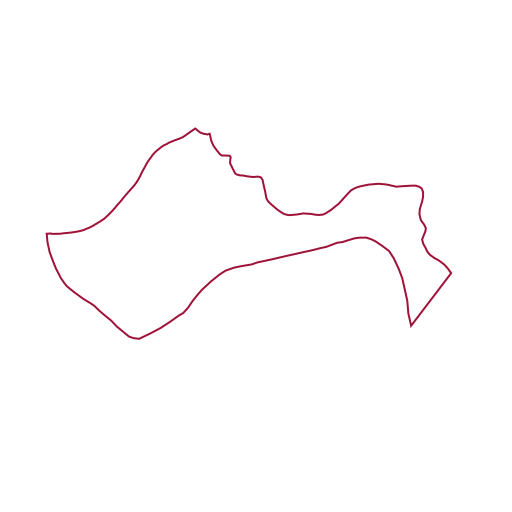 Athens, Saint Lucia (Robinson projection), rotated 327°
{"feature_id": "8701671B88292249499058", "entity_name": "Athens", "entity_type": "district", "adm_level": 2, "iso_a3": "LCA", "parent_name": "Saint Lucia", "parent_adm1": "", "projection": "robinson", "projection_center": [-60.892, 13.905], "detail": "fine", "context": "isolated", "style": "outline", "palette": "rose", "viewbox_px": 512, "rotation_deg": 327, "n_neighbors": 0, "source": "geoboundaries", "source_scale": "gbopen_adm2", "svg_char_len": 4763}
<svg xmlns="http://www.w3.org/2000/svg" viewBox="0 0 512 512"><g transform="rotate(327 256 256)"><path d="M92.6,123.3L88.5,131.2L85.0,140.5L82.8,150.4L81.4,157.6L80.3,168.3L80.5,174.0L80.9,178.4L84.1,188.2L87.7,197.6L91.4,205.3L93.2,209.5L95.0,217.3L97.1,224.3L99.3,231.0L100.9,239.5L104.1,249.7L105.7,254.6L108.6,258.2L110.7,260.0L112.9,261.8L125.4,263.4L136.5,264.4L148.1,264.4L158.8,263.9L161.5,264.1L163.8,264.2L170.8,262.4L178.3,259.2L187.8,256.1L189.2,255.8L192.6,254.8L199.4,253.7L204.4,252.8L215.3,251.7L222.3,251.7L231.2,253.8L237.4,256.2L239.1,256.9L240.2,257.4L248.0,260.8L252.4,261.8L253.4,262.1L254.1,262.3L267.1,267.3L283.4,273.2L288.7,275.2L298.2,278.7L306.3,281.8L309.9,283.0L314.7,284.6L318.8,286.2L320.2,286.7L331.3,289.1L336.1,291.4L340.9,292.7L348.1,294.8L352.4,296.8L356.9,299.6L358.3,300.5L360.1,302.7L361.5,304.3L362.9,306.6L364.2,308.8L366.0,313.0L367.4,316.3L370.3,324.3L370.3,332.9L368.7,344.5L366.5,354.6L365.0,358.5L361.3,368.4L358.5,375.9L352.4,387.3L348.5,398.0L348.1,399.0L410.3,376.7L410.4,375.7L410.2,374.8L410.1,371.2L410.0,370.3L409.9,369.7L409.2,365.6L407.6,361.2L406.6,358.6L404.6,355.1L402.4,349.4L402.1,345.0L402.7,341.0L402.7,339.7L403.0,336.4L404.4,332.5L409.7,328.8L411.6,327.5L413.6,325.2L414.1,321.3L413.8,315.8L415.9,309.8L419.1,305.7L425.0,300.8L428.3,297.4L431.0,293.3L431.7,289.5L430.7,287.0L428.3,284.0L424.2,281.4L415.9,276.7L411.3,274.2L409.4,272.2L405.3,268.0L403.5,266.4L399.7,263.4L398.0,262.1L389.4,257.5L381.5,254.4L376.8,253.1L374.8,252.9L371.5,252.7L367.1,253.7L361.8,255.1L357.1,256.4L353.6,257.3L350.2,257.5L346.2,258.0L344.6,258.2L337.8,258.2L336.4,258.0L334.5,257.6L331.3,256.0L328.5,253.9L326.9,252.4L324.6,250.3L321.3,247.9L319.1,246.2L317.8,245.6L313.2,243.6L309.0,241.4L306.5,240.1L304.8,238.7L303.0,236.7L301.6,234.5L300.3,231.5L299.2,228.9L296.4,219.2L295.9,216.5L296.2,213.1L297.7,209.5L298.6,207.4L301.1,200.5L303.0,195.6L302.9,192.7L301.7,191.3L300.6,190.3L296.9,188.4L293.8,185.9L291.8,184.2L288.8,181.3L286.5,179.7L284.3,177.2L283.5,175.5L284.1,169.6L284.8,164.0L287.1,160.9L288.4,159.6L288.7,158.5L288.4,157.4L286.7,156.2L283.7,154.2L282.1,153.2L281.2,151.1L280.6,145.2L280.4,140.5L280.7,138.1L281.1,135.6L282.0,133.0L283.1,130.1L283.7,128.2L281.4,127.6L280.4,126.5L279.2,125.6L276.7,122.5L276.3,121.6L275.7,119.8L275.5,119.4L274.6,116.1L274.1,115.9L273.3,116.0L259.3,116.5L258.4,116.3L257.5,116.2L256.6,116.0L255.6,115.9L254.6,115.6L253.3,115.3L252.3,115.1L251.4,114.8L250.1,114.6L249.7,114.5L249.1,114.4L248.2,114.2L246.9,113.9L246.5,113.9L246.1,113.8L245.4,113.7L244.8,113.6L243.8,113.5L243.4,113.5L242.6,113.5L241.5,113.4L240.2,113.2L239.1,113.0L238.1,113.0L237.0,113.0L236.2,113.0L235.2,113.1L234.3,113.2L233.4,113.3L232.4,113.4L231.2,113.5L229.8,113.7L229.1,113.8L227.7,114.1L226.6,114.3L226.1,114.5L225.6,114.6L224.7,114.9L224.2,115.0L223.1,115.4L222.2,115.8L221.2,116.2L220.1,116.6L219.6,116.8L218.3,117.3L217.3,117.7L216.2,118.2L215.7,118.4L215.3,118.7L214.5,119.0L214.2,119.2L213.0,119.8L212.4,120.2L211.5,120.6L210.4,121.3L209.6,121.7L208.5,122.2L208.0,122.5L207.5,122.8L207.0,123.1L206.6,123.3L205.8,123.7L205.0,124.2L204.1,124.8L203.6,125.1L203.0,125.5L202.4,125.9L201.5,126.4L200.6,126.8L199.5,127.4L198.6,127.9L197.3,128.5L196.5,128.9L195.2,129.4L194.8,129.6L194.4,129.7L193.2,130.2L192.6,130.4L191.5,130.7L190.5,131.0L189.4,131.3L188.9,131.4L188.3,131.6L187.5,131.8L186.6,132.1L184.6,132.6L183.4,132.9L182.3,133.3L180.7,133.7L180.0,133.9L179.6,134.0L178.3,134.5L176.8,134.9L175.8,135.2L174.5,135.7L173.9,135.9L173.5,136.0L172.5,136.3L170.9,136.8L170.3,136.9L169.2,137.2L168.7,137.4L167.6,137.6L166.5,138.0L165.2,138.4L164.2,138.8L162.8,139.1L161.8,139.4L160.8,139.7L160.4,139.8L159.2,140.1L158.5,140.3L157.5,140.5L156.2,140.8L155.6,140.9L154.7,141.1L153.6,141.3L152.6,141.4L151.7,141.6L150.8,141.8L149.8,141.9L149.3,142.0L148.9,142.1L148.3,142.1L147.7,142.1L147.1,142.1L146.1,142.1L145.0,142.1L144.3,142.1L143.2,142.1L142.5,142.1L141.6,142.0L141.2,142.0L140.4,142.0L139.7,142.0L139.2,142.0L138.5,141.9L137.4,141.9L136.5,141.9L135.5,141.9L134.2,141.7L133.2,141.6L132.8,141.6L132.4,141.5L131.9,141.5L130.9,141.3L129.7,141.1L129.0,140.9L128.3,140.8L127.8,140.7L126.9,140.6L125.9,140.4L125.4,140.3L124.9,140.1L124.3,140.0L123.7,139.8L123.0,139.5L122.5,139.4L121.9,139.1L121.3,138.9L120.4,138.6L119.4,138.2L118.8,137.9L118.3,137.7L117.9,137.5L117.4,137.3L116.4,136.9L116.0,136.7L115.5,136.4L115.1,136.2L114.5,136.0L113.8,135.6L113.3,135.4L112.8,135.2L111.8,134.6L110.8,134.1L110.3,133.9L109.9,133.7L109.5,133.5L108.7,133.0L107.9,132.6L106.7,132.0L105.9,131.6L105.4,131.4L104.7,131.1L104.3,130.9L103.8,130.6L103.2,130.2L102.5,129.8L99.8,128.1L99.2,127.8L96.9,126.3L96.5,125.8L96.1,125.3L95.1,124.8L94.6,124.5L92.6,123.3Z" fill="none" stroke="#9f1239" stroke-width="2"/></g></svg>